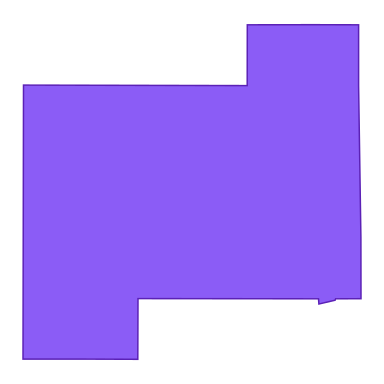 Beckham, Oklahoma, United States of America
{"feature_id": "52423323B70117049347271", "entity_name": "Beckham", "entity_type": "district", "adm_level": 2, "iso_a3": "USA", "parent_name": "United States of America", "parent_adm1": "Oklahoma", "projection": "equal_earth", "projection_center": [-99.609, 35.27], "detail": "fine", "context": "isolated", "style": "filled", "palette": "violet", "viewbox_px": 384, "rotation_deg": 0, "n_neighbors": 0, "source": "geoboundaries", "source_scale": "gbopen_adm2", "svg_char_len": 348}
<svg xmlns="http://www.w3.org/2000/svg" viewBox="0 0 384 384"><path d="M23.2,252.5L23.0,359.1L82.1,359.1L137.8,359.3L138.0,298.6L318.5,298.8L318.9,304.0L335.1,300.2L335.6,298.8L361.0,298.7L360.9,237.3L358.6,85.9L358.6,55.2L358.6,24.8L312.0,24.7L247.3,24.8L247.2,85.6L23.5,85.1L23.2,252.5Z" fill="#8b5cf6" stroke="#5b21b6" stroke-width="1.5"/></svg>